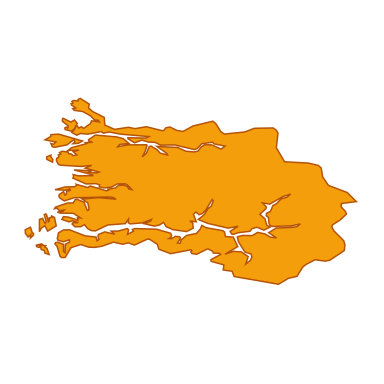 map outline of Sogn og Fjordane (Robinson projection), rotated 3°
{"feature_id": "NOR-915", "entity_name": "Sogn og Fjordane", "entity_type": "County", "adm_level": 1, "iso_a3": "NOR", "parent_name": "Norway", "parent_adm1": "", "projection": "robinson", "projection_center": [5.843, 61.458], "detail": "fine", "context": "isolated", "style": "filled", "palette": "amber", "viewbox_px": 384, "rotation_deg": 3, "n_neighbors": 0, "source": "natural_earth", "source_scale": "10m", "svg_char_len": 5924}
<svg xmlns="http://www.w3.org/2000/svg" viewBox="0 0 384 384"><g transform="rotate(3 192 192)"><path d="M68.8,264.0L65.3,264.3L63.6,263.2L60.2,253.6L57.8,250.8L58.6,249.5L60.5,249.2L66.4,251.0L66.8,258.0L68.4,259.3L68.3,250.8L72.3,248.4L72.1,246.1L66.4,248.4L60.6,247.2L59.9,245.4L60.9,239.7L65.7,236.6L71.7,236.2L87.6,241.4L98.5,242.0L99.8,245.7L101.5,244.3L100.4,240.9L100.9,239.3L107.0,236.4L117.1,238.2L113.3,235.3L120.2,234.9L129.2,231.9L130.7,233.0L129.8,237.7L135.6,234.2L134.4,232.5L137.3,231.5L158.4,231.0L172.8,234.3L173.9,236.2L173.5,238.3L171.4,239.7L174.3,239.6L177.6,237.2L181.9,237.3L182.9,238.6L180.1,243.7L181.6,243.9L183.1,243.7L183.3,240.8L188.9,235.7L198.7,233.1L202.2,228.6L203.6,224.8L207.9,226.9L224.8,229.0L226.6,230.3L227.7,234.7L235.6,234.9L240.5,244.1L228.3,252.4L236.5,249.1L244.3,249.2L251.5,253.6L249.4,261.2L254.0,257.0L255.2,253.9L254.3,250.8L248.1,249.3L240.9,239.1L239.6,234.4L244.9,232.7L254.5,232.4L259.6,228.9L266.9,230.0L272.8,233.0L278.8,233.4L270.7,228.6L277.9,223.6L294.0,222.1L298.4,221.2L301.9,218.2L293.4,220.5L274.4,222.2L271.7,221.3L270.6,219.5L269.6,213.3L267.4,211.8L267.5,209.4L271.3,207.3L273.5,201.3L277.1,199.2L281.2,194.3L287.2,192.2L290.5,188.9L283.0,191.8L270.3,200.0L262.9,199.2L267.0,203.0L266.7,204.8L260.9,210.7L266.2,214.9L268.5,221.3L271.8,223.0L265.8,226.3L258.7,223.8L254.0,225.4L251.9,228.2L240.4,230.2L235.3,232.2L233.7,231.8L232.1,229.3L239.8,223.8L230.0,226.2L209.3,222.5L199.7,219.1L205.5,213.9L208.8,207.9L211.9,205.2L213.7,199.8L212.5,198.4L206.7,209.3L203.7,212.8L200.3,214.3L196.9,211.8L194.6,214.1L197.8,221.5L191.3,221.1L194.3,222.8L195.1,228.1L188.6,231.8L175.0,230.6L167.9,227.9L165.2,223.8L161.2,226.7L156.1,228.0L146.1,226.2L152.0,223.3L152.9,221.5L144.2,225.4L131.9,227.1L130.0,226.0L130.0,222.3L127.0,227.1L109.7,229.3L97.6,235.9L93.4,235.8L89.6,233.9L86.3,230.2L82.9,232.4L77.0,232.9L73.9,230.2L74.8,228.9L80.1,228.6L74.1,227.0L70.8,228.3L63.5,226.2L64.9,223.3L70.2,223.6L79.6,226.2L78.9,223.8L82.1,223.8L74.7,219.5L61.5,220.0L58.6,219.1L64.3,218.0L65.4,216.6L60.8,217.7L58.1,215.3L55.5,215.9L56.4,214.3L68.2,209.5L74.0,209.1L75.7,205.8L77.8,205.4L84.8,207.9L88.4,215.9L89.7,215.5L90.0,214.0L88.5,208.3L82.7,204.8L99.3,202.5L116.6,203.2L113.6,201.6L109.5,201.3L74.5,203.9L64.9,207.6L60.3,204.9L59.3,203.2L59.6,201.4L63.7,198.4L65.3,201.7L66.7,200.7L66.8,197.6L70.4,196.9L69.8,195.2L66.2,196.8L55.1,196.9L64.9,193.6L74.4,192.9L76.6,191.3L76.0,190.4L87.7,193.0L90.1,191.3L106.3,195.3L108.5,194.5L107.9,193.6L115.3,192.0L118.2,189.3L123.7,188.7L127.3,190.0L128.9,192.4L131.9,192.8L126.8,188.0L124.6,187.3L117.0,187.8L111.3,191.3L103.9,192.5L99.1,191.8L99.4,189.6L95.5,188.7L85.8,189.5L72.3,184.4L73.0,182.5L72.4,180.9L77.9,181.8L92.0,180.9L92.0,180.1L73.0,176.1L90.1,176.1L87.7,177.7L95.9,177.9L98.1,176.9L84.1,173.8L90.4,170.6L80.4,172.3L59.3,172.1L57.1,171.4L54.9,167.8L55.1,165.5L57.1,164.3L56.6,162.0L59.0,161.0L57.7,159.5L60.3,158.1L66.3,158.7L67.0,160.3L69.4,160.3L71.2,161.9L75.0,161.0L71.3,158.0L77.0,156.0L65.8,157.1L69.3,154.1L84.2,149.2L83.0,148.3L90.2,147.6L86.1,146.4L86.0,145.2L92.5,140.2L113.7,140.9L120.5,142.3L126.5,146.8L117.3,148.3L115.4,150.7L125.8,148.3L144.2,147.2L144.6,148.1L142.9,154.5L140.4,159.5L144.3,156.0L147.0,148.8L148.7,148.3L154.7,151.5L158.3,154.9L165.6,156.3L164.7,154.7L154.6,148.3L175.4,148.3L183.7,151.6L191.8,151.9L196.0,150.8L198.6,146.8L202.1,144.2L209.0,143.9L218.9,147.6L222.6,144.4L211.5,142.8L210.0,141.2L199.1,143.3L195.0,148.3L192.0,149.5L172.5,145.9L158.0,146.8L152.7,144.4L146.0,144.4L139.3,142.8L132.0,145.9L125.2,142.1L125.2,141.2L143.5,140.5L146.0,138.9L117.8,138.0L106.3,136.4L100.3,137.9L98.3,136.4L84.8,139.7L77.4,139.4L74.0,141.3L68.9,138.9L71.4,135.7L72.7,132.6L74.0,132.0L75.7,134.1L78.2,132.6L80.5,134.1L87.1,128.9L87.9,126.2L95.9,126.9L94.6,125.3L90.6,125.0L86.8,121.3L78.8,117.4L70.0,116.6L68.5,115.0L71.5,114.2L67.4,111.6L66.6,110.3L68.5,109.5L67.3,107.9L68.9,106.8L73.4,107.1L73.4,105.5L75.5,104.4L84.8,109.6L84.3,113.5L88.6,116.9L100.5,122.1L101.4,129.7L111.4,133.5L125.2,130.7L131.8,131.7L142.9,129.2L158.9,132.3L160.6,132.1L162.6,129.2L166.7,128.3L173.6,131.3L179.8,132.0L189.6,126.0L209.1,120.2L212.3,122.6L217.6,130.2L221.3,132.4L241.6,129.3L250.9,125.1L269.7,123.8L273.0,125.9L274.8,128.8L273.9,143.4L282.9,157.0L306.5,157.0L316.6,158.8L319.8,161.3L321.7,170.0L327.9,178.3L347.1,184.4L356.6,193.0L341.7,195.7L341.8,199.1L346.3,203.4L347.4,206.0L341.3,212.3L334.2,217.3L333.4,219.2L335.7,223.4L346.0,232.6L347.5,236.7L347.2,242.5L333.2,252.9L328.6,254.1L318.5,253.2L309.6,258.4L306.4,261.3L301.3,270.7L292.7,273.2L283.2,279.6L238.5,274.2L236.2,269.0L227.3,268.3L227.6,263.1L214.8,260.3L214.4,258.9L215.4,257.9L223.9,252.9L222.6,251.8L216.6,251.9L215.5,250.0L210.7,247.9L199.8,254.0L195.0,253.4L194.0,252.0L194.9,250.5L193.8,249.8L173.9,254.7L161.9,250.9L160.1,246.0L151.9,241.3L149.7,241.5L137.3,248.0L131.1,246.1L125.5,247.8L116.2,246.2L104.8,250.9L97.8,252.4L91.8,252.5L83.6,250.3L74.1,253.9L68.8,264.0ZM48.1,142.1L55.9,141.2L80.0,146.8L75.8,149.4L70.6,150.0L72.5,148.1L71.3,145.9L64.8,151.4L52.5,154.6L50.2,154.1L48.5,150.9L51.1,151.6L53.5,149.2L42.5,147.6L48.0,144.0L48.1,142.1ZM56.0,224.6L58.2,233.0L49.9,238.6L46.8,233.4L43.3,236.1L41.7,239.7L41.1,227.3L44.3,226.2L46.2,230.1L47.2,231.0L48.0,229.3L45.6,222.3L47.2,221.5L48.1,222.6L50.1,229.2L51.1,228.2L50.6,225.4L53.7,224.6L52.4,223.0L56.0,224.6ZM70.9,126.2L73.8,129.5L71.1,135.2L68.6,137.6L62.1,136.3L61.6,134.7L63.4,133.7L64.5,134.7L65.0,132.4L58.8,128.1L58.9,125.3L59.6,125.2L67.3,128.5L70.9,126.2ZM34.4,240.5L36.0,241.9L35.9,243.5L33.0,246.5L33.2,242.8L30.6,245.5L27.8,242.1L27.4,238.5L32.5,235.6L34.4,240.5ZM50.1,255.9L52.6,261.9L48.4,260.8L47.5,258.1L44.4,257.3L43.6,254.3L42.2,255.3L39.7,254.7L39.3,253.2L44.7,251.7L45.3,252.2L43.6,253.2L48.8,253.2L48.0,254.7L50.1,255.9ZM45.3,167.0L45.0,164.5L49.2,162.6L49.0,163.9L51.3,166.8L51.2,169.5L45.3,167.0Z" fill="#f59e0b" stroke="#b45309" stroke-width="1.5"/></g></svg>